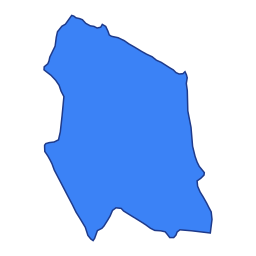 the district of Överkalix, Norrbotten, Sweden
{"feature_id": "70781695B62511504929607", "entity_name": "Överkalix", "entity_type": "district", "adm_level": 2, "iso_a3": "SWE", "parent_name": "Sweden", "parent_adm1": "Norrbotten", "projection": "mercator", "projection_center": [22.529, 66.493], "detail": "fine", "context": "isolated", "style": "filled", "palette": "blue", "viewbox_px": 256, "rotation_deg": 0, "n_neighbors": 0, "source": "geoboundaries", "source_scale": "gbopen_adm2", "svg_char_len": 1446}
<svg xmlns="http://www.w3.org/2000/svg" viewBox="0 0 256 256"><path d="M71.7,15.4L65.4,24.2L61.9,26.2L57.5,31.7L56.3,37.1L55.1,46.2L49.8,57.1L49.0,60.9L47.8,63.8L44.2,66.8L44.0,69.8L46.2,71.6L51.0,75.3L55.7,80.3L59.1,85.3L61.1,91.2L63.9,96.6L62.1,115.6L60.3,131.9L58.5,139.8L54.1,142.0L49.2,142.6L45.8,143.6L44.6,145.2L44.6,147.1L44.8,151.5L47.8,155.9L50.2,160.2L52.0,163.8L54.3,170.1L60.8,182.5L66.5,193.5L72.4,204.7L76.0,212.1L80.8,219.8L85.3,227.3L87.9,235.4L90.8,239.0L93.1,240.6L94.6,238.4L97.4,230.6L101.9,228.3L103.9,226.1L107.7,220.1L110.1,216.0L112.5,210.4L116.0,207.8L121.2,208.4L123.6,211.0L128.1,213.8L132.3,216.4L139.0,220.5L145.6,224.7L150.5,228.3L154.7,230.4L160.8,230.8L165.2,231.8L167.0,234.0L169.8,237.6L173.7,237.6L175.9,235.2L177.1,232.0L179.9,229.8L191.8,230.8L210.3,233.0L212.0,219.4L211.2,211.9L208.7,207.2L206.8,203.4L203.2,197.0L200.1,192.0L197.6,186.2L197.1,180.9L200.9,178.2L204.0,175.1L204.3,172.6L203.2,171.2L199.3,166.5L197.1,162.1L195.1,156.5L192.6,146.3L191.0,127.3L187.8,110.9L187.3,90.7L186.3,83.5L187.2,77.8L186.4,74.7L185.0,71.7L182.9,73.7L179.1,74.0L176.0,72.6L173.3,69.9L169.1,67.4L165.2,64.9L161.3,62.4L156.4,60.2L152.2,56.8L146.4,54.1L141.4,51.3L134.5,47.1L128.7,43.8L124.5,40.8L118.1,37.7L111.5,36.3L109.3,35.0L107.9,31.1L105.7,26.4L102.3,24.4L100.7,27.2L97.1,28.0L94.0,26.4L90.2,25.8L85.7,23.3L82.4,19.7L79.6,18.6L76.0,17.8L73.8,16.1L71.7,15.4Z" fill="#3b82f6" stroke="#1e3a8a" stroke-width="1.5"/></svg>